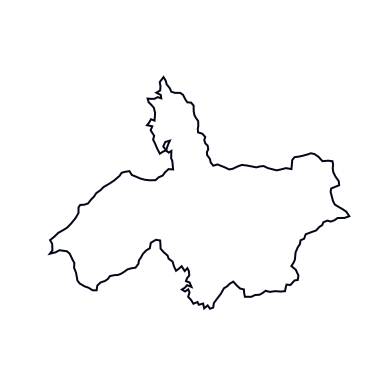 Capivari, São Paulo, Brazil, rotated 80°
{"feature_id": "56859067B25592113050406", "entity_name": "Capivari", "entity_type": "district", "adm_level": 2, "iso_a3": "BRA", "parent_name": "Brazil", "parent_adm1": "São Paulo", "projection": "mercator", "projection_center": [-47.486, -22.987], "detail": "fine", "context": "isolated", "style": "outline", "palette": "ink", "viewbox_px": 384, "rotation_deg": 80, "n_neighbors": 0, "source": "geoboundaries", "source_scale": "gbopen_adm2", "svg_char_len": 3331}
<svg xmlns="http://www.w3.org/2000/svg" viewBox="0 0 384 384"><g transform="rotate(80 192 192)"><path d="M297.0,103.1L292.7,101.7L286.6,103.3L282.2,107.0L279.3,104.3L276.5,102.4L273.1,101.5L269.5,100.5L264.9,97.5L262.1,94.8L258.4,93.5L257.5,89.7L253.4,87.4L252.2,81.1L251.4,76.4L248.5,72.6L247.2,69.5L244.6,67.9L243.7,63.6L245.2,60.6L244.6,56.8L242.9,53.1L244.0,46.4L243.2,41.3L238.3,43.4L235.5,46.2L232.2,50.1L229.2,53.5L225.5,54.7L215.9,55.5L212.7,54.3L210.9,45.9L206.8,45.6L201.6,48.1L196.9,49.4L193.0,49.3L189.7,48.3L186.1,48.3L184.8,52.5L184.3,58.2L179.4,61.2L175.9,64.8L174.5,68.2L175.1,71.8L175.6,77.5L175.7,80.8L175.5,85.0L178.0,87.8L182.4,88.9L186.7,90.1L184.8,95.3L185.3,101.7L185.3,105.1L181.6,113.2L178.9,116.9L178.6,120.6L178.9,124.4L177.2,128.7L175.4,133.5L174.0,138.2L174.7,142.4L176.3,148.3L176.2,151.5L173.3,155.6L171.6,158.4L169.3,162.1L169.8,166.5L166.1,168.5L162.6,168.6L158.2,170.7L155.2,170.4L152.9,168.6L149.1,168.5L146.5,170.4L143.0,170.9L140.1,169.4L136.4,171.7L134.3,175.7L130.7,175.3L128.0,174.3L123.2,173.6L119.4,175.4L116.5,176.3L112.7,176.3L107.2,175.4L103.8,177.4L102.9,181.0L100.1,182.3L94.7,184.0L92.3,186.5L91.4,191.6L89.7,194.9L85.9,195.9L81.5,198.3L78.1,198.5L73.9,200.1L78.2,204.7L82.4,204.7L86.5,205.7L88.0,209.9L91.0,205.9L94.4,206.0L92.6,209.4L93.7,212.6L93.2,216.0L92.3,219.5L96.1,219.1L99.6,216.6L102.6,214.9L107.8,214.6L115.2,216.5L113.2,219.7L116.2,222.2L118.4,224.7L120.4,219.7L124.1,222.0L130.0,219.5L133.7,221.2L138.1,219.9L143.0,218.8L148.7,217.0L147.2,213.5L146.5,210.2L149.2,208.1L148.0,205.2L155.2,206.7L158.0,206.0L162.0,206.3L166.5,206.7L165.4,211.1L167.9,215.1L170.7,218.0L171.8,222.4L174.0,225.8L173.2,231.3L171.8,236.2L169.8,240.5L167.2,244.4L164.8,248.3L160.6,250.0L160.5,254.8L160.9,258.0L163.6,260.6L167.3,267.0L169.6,272.4L171.8,278.3L174.3,281.8L176.5,286.5L179.7,289.5L181.6,292.3L185.3,296.5L185.8,300.5L185.3,304.3L187.4,306.4L192.9,307.4L197.5,311.2L201.8,316.2L203.9,319.0L205.7,321.7L207.5,326.4L209.0,330.8L212.2,335.5L214.7,340.1L218.8,338.7L225.2,339.6L228.1,342.7L227.7,336.7L226.3,332.7L228.6,325.6L231.3,323.2L237.5,321.5L241.5,320.2L246.2,321.3L251.4,320.2L256.4,320.2L259.3,320.2L262.6,318.5L266.3,314.1L268.3,310.5L271.5,307.0L272.3,303.0L267.7,301.5L265.2,297.7L264.5,293.1L263.0,289.9L260.6,287.5L260.4,283.0L260.8,279.1L260.2,276.1L258.7,272.4L257.0,268.9L256.6,265.1L256.7,260.8L253.4,257.2L250.2,256.2L247.7,253.7L244.4,251.1L241.5,247.1L240.1,243.3L234.9,241.4L232.8,235.9L234.2,231.8L239.1,232.3L242.3,232.8L246.3,230.4L250.3,227.1L253.6,226.6L257.2,223.2L262.0,222.7L266.8,221.4L265.4,218.5L263.3,215.1L268.6,212.9L266.2,209.8L269.4,208.8L273.8,209.2L276.1,211.9L278.8,213.4L280.6,210.1L285.4,209.0L282.9,213.0L285.0,215.6L286.3,218.9L288.8,216.1L287.2,212.6L290.6,211.9L294.5,214.0L298.1,211.7L302.3,210.0L301.3,205.7L304.2,204.9L303.8,200.4L308.7,200.2L306.4,196.3L310.1,194.5L309.5,191.2L305.1,189.7L300.5,184.8L297.4,181.4L292.4,177.3L291.0,173.8L289.0,171.0L287.4,166.9L291.9,164.1L295.4,161.4L297.0,157.8L300.1,158.2L304.4,158.1L305.5,151.7L304.4,147.8L304.9,143.3L303.9,140.4L302.1,136.7L303.9,132.7L304.1,127.3L305.5,121.7L305.8,117.6L302.3,116.3L299.6,115.0L300.7,111.2L296.9,106.4L297.0,103.1ZM146.5,210.2L142.2,212.4L138.1,209.6L137.6,204.9L141.0,207.2L143.9,208.9L146.5,210.2Z" fill="none" stroke="#020617" stroke-width="2"/></g></svg>